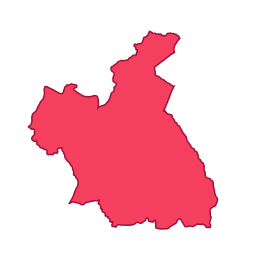 Demba, Kasaï-Occidental, Democratic Republic of the Congo (Albers equal-area conic projection), rotated 8°
{"feature_id": "63176286B65160793690884", "entity_name": "Demba", "entity_type": "district", "adm_level": 2, "iso_a3": "COD", "parent_name": "Democratic Republic of the Congo", "parent_adm1": "Kasaï-Occidental", "projection": "albers", "projection_center": [22.217, -5.237], "detail": "fine", "context": "isolated", "style": "filled", "palette": "rose", "viewbox_px": 256, "rotation_deg": 8, "n_neighbors": 0, "source": "geoboundaries", "source_scale": "gbopen_adm2", "svg_char_len": 5843}
<svg xmlns="http://www.w3.org/2000/svg" viewBox="0 0 256 256"><g transform="rotate(8 128 128)"><path d="M158.4,28.4L156.7,28.1L156.4,28.4L154.2,28.7L153.7,29.1L152.6,31.1L152.1,31.4L149.6,32.0L148.8,31.8L148.5,31.0L148.0,31.1L147.3,30.4L146.5,30.4L145.4,31.1L144.6,30.6L143.0,31.3L142.0,30.6L141.4,30.4L140.2,30.7L139.0,30.7L138.2,29.9L136.6,29.5L136.1,29.2L135.6,30.0L134.9,32.8L134.1,33.9L133.5,34.8L132.3,35.6L131.3,36.0L130.9,36.6L130.8,38.5L130.3,41.0L130.0,41.6L129.1,42.4L128.2,42.9L127.1,43.0L125.1,44.1L122.9,44.1L122.5,44.6L122.6,45.6L122.8,46.3L123.8,46.5L124.2,46.8L125.1,49.3L126.3,49.3L126.5,50.2L126.2,50.8L126.8,51.5L125.9,52.4L126.0,54.5L123.2,55.2L122.4,55.8L120.9,57.7L119.5,58.5L118.5,60.3L117.6,61.0L115.0,61.7L114.2,62.3L113.0,61.9L111.8,62.1L110.3,63.1L109.5,63.4L108.7,64.0L107.9,65.6L105.6,67.6L104.4,69.2L103.7,69.3L102.7,70.8L103.2,72.6L103.7,73.7L104.9,74.2L105.6,74.8L106.4,75.6L106.9,76.5L106.9,77.6L106.3,79.2L106.2,80.8L106.7,83.8L107.7,84.4L109.0,85.0L109.6,85.4L110.5,86.2L110.3,86.6L110.0,88.0L109.2,88.7L108.5,89.6L108.4,90.0L108.9,91.3L109.0,92.9L108.5,93.8L107.0,95.4L106.5,96.5L105.9,100.6L104.7,104.3L104.2,104.8L102.8,107.1L101.8,108.3L97.5,110.4L95.9,111.5L95.6,112.0L95.3,106.9L94.5,103.8L93.2,101.0L91.7,100.6L90.6,100.5L89.9,100.6L87.8,101.7L84.8,102.5L83.4,102.6L81.6,102.8L80.2,102.8L79.0,102.4L77.2,101.7L75.2,101.0L70.7,98.6L69.4,98.2L68.8,97.5L68.7,96.6L69.3,95.9L70.3,95.6L71.0,95.2L71.5,94.5L71.4,93.3L71.1,92.8L70.6,92.6L68.8,92.5L68.2,92.6L67.5,92.6L66.1,92.2L65.4,92.3L64.0,93.6L63.4,93.8L61.6,93.8L60.9,95.2L60.1,95.8L59.6,96.7L59.5,98.8L59.0,99.8L59.2,101.3L58.0,103.2L55.8,103.3L55.1,103.1L54.4,103.0L53.7,102.5L51.8,102.0L51.0,101.7L50.1,101.0L49.5,101.0L48.8,100.8L47.2,100.1L43.8,99.1L42.9,98.7L42.0,98.4L40.6,98.4L40.0,98.6L39.6,100.9L39.8,102.7L40.5,105.4L40.3,108.9L40.0,110.7L37.7,114.3L37.1,116.4L35.5,120.3L35.6,121.0L34.6,123.9L31.6,127.4L31.2,131.2L31.8,133.4L31.9,135.8L31.6,137.6L31.1,138.9L29.5,140.0L29.4,140.9L30.1,141.1L32.2,142.4L33.3,142.7L34.1,142.1L35.1,142.3L35.8,143.2L35.8,144.9L36.3,147.6L34.6,149.9L34.2,151.2L34.2,152.2L35.0,153.3L36.3,154.1L37.8,154.2L38.9,153.7L39.4,153.8L40.1,156.8L40.5,157.2L42.4,157.8L43.6,159.4L44.1,159.7L45.9,159.7L46.8,160.5L49.4,160.8L50.4,161.2L51.2,162.1L51.1,163.8L51.4,164.9L52.4,165.5L54.5,165.1L56.8,165.0L57.5,164.7L58.5,162.8L59.8,163.0L61.1,162.8L61.7,162.4L61.7,160.8L61.0,159.5L61.3,158.7L61.8,158.1L62.5,157.7L65.3,156.9L65.2,157.6L66.2,159.8L67.5,160.8L67.7,161.6L69.1,163.9L69.7,166.0L70.4,167.0L72.8,169.3L74.6,170.3L76.6,173.0L78.0,173.9L79.1,176.8L80.3,179.0L80.4,181.1L81.0,182.2L82.1,182.6L82.7,183.0L83.1,184.2L83.7,184.9L85.2,186.1L85.9,187.5L86.3,190.1L86.3,191.4L86.0,193.0L84.8,196.0L83.9,199.4L83.6,202.0L82.3,206.1L80.7,210.1L79.8,211.4L82.9,209.1L83.9,208.8L84.9,208.8L85.7,209.0L89.6,209.3L92.0,210.2L93.6,210.4L94.5,210.0L95.6,209.0L96.2,208.2L97.4,207.4L98.8,207.0L100.1,206.3L101.6,205.8L103.9,205.1L105.3,204.5L106.5,204.5L107.3,204.4L108.6,204.0L109.5,203.5L109.0,206.7L109.3,207.4L110.7,207.7L112.0,209.6L111.8,210.8L112.0,211.3L113.2,211.7L113.7,212.2L113.8,212.6L113.4,212.8L114.0,213.5L114.2,214.4L117.0,215.5L117.6,216.8L117.5,217.8L117.8,218.2L118.6,218.2L118.9,218.6L120.3,218.7L120.1,218.9L120.3,219.3L122.8,221.2L123.1,222.1L122.9,222.8L123.0,223.2L123.9,223.2L124.5,223.6L125.4,223.0L125.9,223.2L125.9,224.6L125.5,226.0L125.7,227.1L126.3,227.7L127.7,227.3L128.3,227.4L128.6,227.7L129.7,227.9L130.2,226.8L131.0,225.6L132.2,225.1L135.8,224.9L137.4,224.7L138.9,224.6L140.9,224.4L144.7,223.7L147.1,222.7L147.9,222.2L149.0,220.9L149.9,220.2L150.4,219.9L152.6,220.5L153.6,220.6L154.7,220.3L157.6,217.7L158.2,216.5L158.4,215.5L158.9,214.8L159.5,214.5L160.2,214.6L160.8,215.4L160.9,216.6L161.6,217.5L164.0,217.7L165.7,217.7L166.3,217.4L166.6,216.9L166.7,216.1L167.1,215.6L167.6,215.6L168.2,216.3L168.8,218.6L169.3,222.6L169.7,223.1L170.1,223.2L171.6,223.4L173.8,223.4L177.2,223.1L178.2,222.7L179.9,222.5L181.2,222.2L181.9,221.6L183.6,219.7L188.5,215.8L189.3,214.6L189.4,213.4L190.4,211.6L190.9,211.0L192.6,210.8L198.3,217.8L200.4,217.4L201.0,217.0L201.8,217.0L202.5,216.4L205.9,216.6L206.9,215.8L207.6,215.6L208.2,214.8L210.3,213.4L211.6,213.6L212.5,213.2L213.9,213.4L215.5,212.8L217.6,213.4L219.4,215.6L223.4,215.0L223.2,212.5L222.2,211.1L222.0,209.8L222.7,205.8L222.7,204.7L221.6,203.5L221.7,202.9L221.5,201.8L220.7,198.3L220.8,197.3L221.8,195.6L223.6,194.0L224.8,193.4L225.6,192.3L226.5,188.4L226.6,186.8L226.4,185.8L226.1,185.1L224.6,183.6L223.1,180.7L221.9,176.8L220.8,174.2L219.9,170.0L219.1,168.7L217.6,168.2L216.5,166.9L212.9,166.3L212.0,165.7L211.1,164.1L210.7,161.6L209.2,158.8L208.7,154.8L207.8,153.5L207.4,152.3L205.3,151.3L204.0,149.3L203.4,149.4L202.9,149.2L201.9,147.6L201.2,144.8L200.2,143.8L199.8,142.4L199.0,141.9L197.2,141.2L196.9,140.5L196.2,139.4L194.6,139.1L193.0,137.8L192.5,136.7L189.3,133.5L187.9,131.9L187.7,130.6L187.2,130.2L187.1,129.1L186.4,128.0L185.5,127.7L184.4,126.2L182.5,124.5L181.6,122.8L181.0,122.7L180.7,122.2L180.6,121.5L180.2,121.3L179.4,120.0L178.7,119.2L176.2,117.7L175.4,116.1L174.1,116.0L173.7,115.6L173.4,114.7L171.9,112.8L170.8,112.0L169.9,109.5L169.3,109.0L167.6,108.9L167.0,108.6L166.0,108.9L165.5,108.5L164.8,108.4L164.0,107.5L163.4,107.6L162.9,106.4L162.5,106.0L161.4,106.4L161.0,106.1L163.7,95.9L164.6,92.1L165.2,88.9L166.5,84.2L167.0,82.7L167.3,81.3L167.9,80.1L166.6,80.2L164.4,79.3L163.2,78.4L159.9,77.4L157.0,75.5L154.7,74.9L152.0,73.2L150.4,72.5L148.9,72.4L147.6,71.6L147.4,69.1L146.3,66.6L146.0,65.6L146.0,64.6L146.4,63.2L147.6,62.2L151.5,58.2L154.3,55.6L156.6,53.0L158.6,51.1L159.9,49.5L161.2,48.6L163.5,46.8L163.2,45.6L162.5,44.4L162.5,42.2L162.7,40.1L165.1,34.6L166.7,32.1L166.2,32.0L166.3,31.2L165.1,29.8L163.9,29.4L163.1,29.2L162.3,28.3L161.0,28.6L160.0,28.1L158.4,28.4Z" fill="#f43f5e" stroke="#9f1239" stroke-width="1.5"/></g></svg>